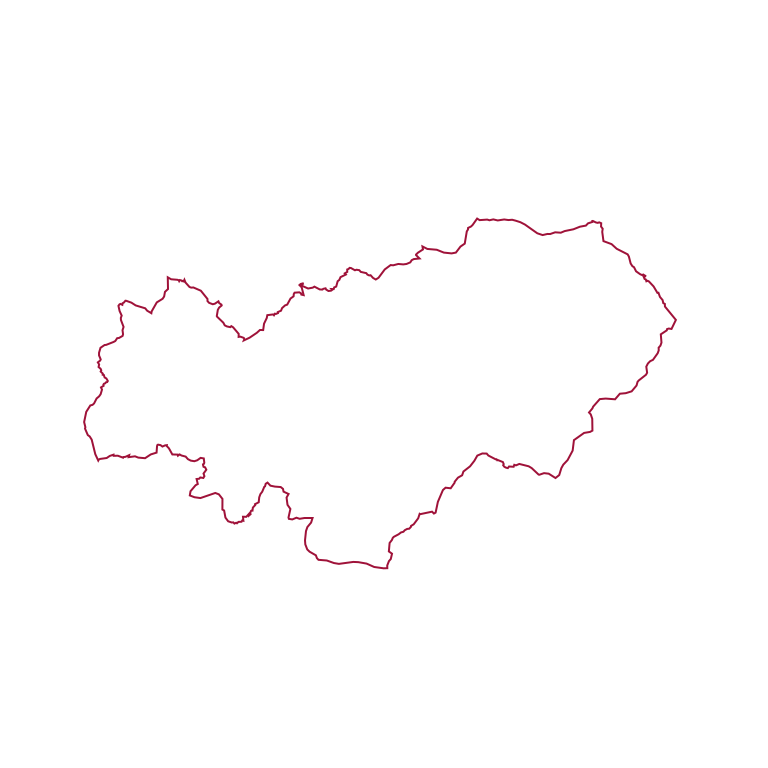 Batani, Covasna, Romania (orthographic projection), rotated 70°
{"feature_id": "2599482B35119145322325", "entity_name": "Batani", "entity_type": "district", "adm_level": 2, "iso_a3": "ROU", "parent_name": "Romania", "parent_adm1": "Covasna", "projection": "orthographic", "projection_center": [25.726, 46.103], "detail": "fine", "context": "isolated", "style": "outline", "palette": "rose", "viewbox_px": 768, "rotation_deg": 70, "n_neighbors": 0, "source": "geoboundaries", "source_scale": "gbopen_adm2", "svg_char_len": 6152}
<svg xmlns="http://www.w3.org/2000/svg" viewBox="0 0 768 768"><g transform="rotate(70 384 384)"><path d="M364.0,654.4L363.5,653.9L364.0,652.0L363.7,647.8L365.4,649.0L366.8,642.7L369.1,640.1L372.0,633.9L370.4,627.2L370.7,621.2L364.7,618.5L363.7,617.6L363.8,616.9L365.0,614.9L367.0,613.6L366.8,610.7L367.2,609.0L367.9,609.4L370.9,608.1L377.8,607.0L379.8,602.0L380.9,602.1L380.3,600.1L381.9,598.8L384.4,595.2L387.5,594.0L389.9,591.8L391.7,588.6L391.8,585.6L390.7,581.6L392.3,578.8L396.5,579.8L397.4,580.5L397.6,581.6L398.7,581.8L400.1,581.9L401.1,580.6L403.8,580.3L406.4,584.2L409.2,584.3L410.5,585.9L409.0,588.6L409.8,590.1L409.2,592.6L414.3,593.2L414.7,595.7L418.6,602.5L422.3,604.6L425.6,600.8L428.4,595.5L428.7,579.8L431.2,576.9L436.7,575.1L446.7,578.8L448.2,577.5L455.3,578.7L459.7,577.4L462.1,574.4L462.5,572.9L464.0,572.3L463.8,570.4L464.6,569.8L463.8,567.9L464.7,565.0L463.7,563.8L464.4,562.9L460.5,561.9L461.7,558.8L460.0,555.6L461.5,556.0L460.7,553.9L459.4,553.8L457.8,552.4L457.6,551.7L458.0,550.9L455.3,549.5L453.7,546.4L452.8,546.3L452.3,542.2L447.8,540.0L445.2,537.8L443.6,535.3L439.7,531.7L439.5,530.8L437.3,529.3L436.8,527.2L440.7,525.5L443.1,521.6L445.5,516.3L448.0,514.8L450.8,515.2L454.7,511.3L457.4,514.4L464.5,516.0L469.4,514.7L476.8,519.4L478.2,519.5L479.9,516.5L479.7,512.0L481.8,509.4L482.7,504.7L485.5,497.0L489.3,499.9L492.2,504.9L495.5,507.6L503.9,511.7L507.8,512.8L513.2,512.7L516.1,511.3L521.7,506.6L524.7,506.6L526.8,505.7L530.3,498.1L535.1,492.3L537.6,487.9L540.7,473.7L542.6,469.1L546.8,461.8L552.6,455.8L557.1,447.3L558.2,443.9L555.6,443.0L552.1,439.9L550.8,437.5L546.2,434.5L543.0,436.7L535.3,433.1L533.2,429.8L531.7,428.5L531.0,427.2L530.2,421.6L529.3,418.8L529.5,416.3L528.5,414.5L528.1,411.8L528.6,409.8L527.4,407.5L526.6,407.1L526.0,404.1L521.9,397.8L518.2,394.9L518.7,394.5L520.4,382.5L522.8,381.4L522.5,379.5L513.2,373.7L503.8,364.9L502.5,361.6L504.8,357.0L500.9,351.4L500.0,351.0L497.3,346.5L496.5,341.8L493.4,339.3L490.8,331.3L487.1,325.4L483.2,320.8L482.9,315.4L484.5,311.3L486.9,310.4L493.0,304.8L493.2,304.0L494.4,303.7L494.4,303.0L498.0,299.0L500.2,298.9L501.1,299.8L503.0,299.2L504.4,297.9L505.4,296.4L504.3,294.7L506.1,290.5L504.5,289.2L505.6,287.8L505.4,284.2L510.8,276.2L513.5,274.0L522.0,269.7L522.4,269.0L522.5,264.1L524.6,259.9L531.0,255.0L529.5,250.5L523.7,246.1L521.1,243.1L518.3,237.5L511.1,229.5L501.7,224.7L498.4,212.7L499.5,206.8L499.1,204.1L487.9,200.2L483.3,200.1L480.9,201.1L478.2,196.5L476.8,195.2L472.0,186.4L473.5,180.7L477.4,172.1L473.8,165.7L475.3,160.0L475.6,153.8L471.8,147.2L468.7,145.0L467.8,143.4L464.9,134.6L463.4,132.9L457.4,131.6L455.0,129.0L453.6,126.1L453.3,123.0L448.7,116.3L446.3,114.3L443.8,113.5L442.5,111.1L440.0,109.1L432.0,106.9L430.3,99.9L429.2,99.2L429.3,97.4L430.6,95.0L423.6,87.8L407.3,93.5L404.8,92.7L403.5,93.9L400.4,93.5L396.6,94.9L392.1,94.9L391.9,95.9L384.5,97.3L378.2,100.0L377.1,101.1L377.2,102.3L375.4,102.2L374.4,103.2L372.2,103.3L372.2,101.7L371.8,101.4L369.8,103.0L370.2,103.9L368.5,105.7L364.3,108.6L359.8,109.1L358.2,110.3L355.1,111.0L348.0,110.3L345.5,110.7L336.5,119.1L330.4,122.3L324.8,128.9L315.7,126.9L312.9,125.4L310.3,126.2L307.2,124.9L305.7,126.5L305.7,128.0L304.7,129.6L302.2,132.0L302.1,132.5L303.0,132.8L302.8,137.3L304.2,140.1L303.2,146.1L303.4,153.1L302.1,161.9L302.3,166.1L300.0,171.3L299.9,176.6L298.9,179.1L298.3,184.0L294.8,188.4L282.4,197.0L278.6,200.5L275.5,204.5L273.5,207.4L272.5,211.0L270.5,214.8L269.2,221.2L266.7,225.0L266.2,228.9L264.8,230.8L262.7,238.1L260.4,239.9L264.9,246.4L265.8,248.5L266.1,251.6L267.6,252.3L268.9,254.0L279.7,260.1L281.0,265.1L285.1,271.5L284.4,275.8L281.0,282.8L275.9,288.5L271.9,297.1L267.9,300.8L270.9,301.4L272.2,307.1L273.3,309.6L273.8,309.8L278.2,307.7L276.8,313.3L277.1,315.6L278.7,317.7L278.9,321.8L278.2,325.0L276.1,329.5L275.6,334.8L274.5,337.1L276.6,344.1L282.3,352.8L283.0,356.0L280.6,358.0L277.2,359.4L276.9,360.8L275.5,362.2L273.8,362.7L270.7,367.5L268.6,368.3L267.2,370.8L267.2,372.4L263.7,375.4L263.1,376.6L263.8,378.0L263.8,379.4L266.1,380.2L266.6,383.0L268.1,382.4L268.7,388.3L270.9,390.4L271.6,392.4L276.1,395.6L276.2,397.8L277.6,398.8L276.8,400.8L277.8,400.4L278.2,401.8L277.6,404.4L275.4,406.1L274.1,406.2L273.8,408.6L274.2,409.5L273.2,412.0L268.7,416.1L269.1,418.0L268.3,422.7L263.3,427.8L262.5,427.3L262.2,425.9L261.7,425.9L261.5,428.1L262.1,429.6L265.0,428.3L273.0,429.1L271.7,431.1L270.4,431.0L268.9,432.2L267.6,436.8L268.6,438.0L270.7,439.0L271.7,442.6L276.3,447.8L276.3,450.1L277.8,453.8L279.9,455.7L280.1,459.2L281.1,459.4L281.2,461.6L280.6,462.5L281.8,463.9L280.7,464.4L279.4,470.1L281.9,471.6L286.3,476.1L292.0,479.1L290.8,482.1L292.4,486.0L294.5,494.4L295.1,500.8L294.1,499.9L292.7,500.0L290.3,502.9L290.0,504.5L287.2,503.4L279.1,506.4L277.4,507.7L278.0,509.0L276.2,511.9L274.4,513.6L271.5,514.0L263.7,517.8L263.0,517.9L257.5,514.8L255.8,512.8L254.7,509.7L253.8,509.6L251.6,511.2L249.7,511.3L250.7,515.5L250.5,517.6L247.9,520.6L245.7,521.5L243.7,520.8L233.7,524.2L228.1,530.1L227.5,532.2L226.3,533.6L220.8,535.8L217.8,535.9L219.1,537.1L218.3,537.7L218.4,538.5L217.4,539.0L216.5,540.3L217.3,541.3L216.3,541.4L215.4,542.5L212.8,548.2L209.8,550.7L220.9,554.5L222.5,558.3L226.6,560.7L228.2,562.9L229.6,569.6L236.3,577.5L237.9,578.4L234.1,581.5L231.2,582.5L225.2,590.5L221.2,593.5L217.7,597.7L217.3,598.5L218.5,600.6L218.7,602.0L220.1,602.8L218.6,604.3L218.7,605.3L219.7,606.8L225.0,607.5L230.0,607.1L231.9,608.7L233.9,609.3L241.3,609.2L244.0,611.3L248.0,612.2L249.4,613.2L250.1,617.2L249.7,619.1L251.7,621.8L252.0,623.8L252.2,631.8L251.8,633.2L253.0,638.0L257.2,641.1L259.7,642.0L264.0,641.8L264.9,642.7L265.8,645.5L268.2,645.0L270.4,646.4L272.8,645.1L274.4,645.0L275.4,646.0L278.0,644.7L279.1,645.2L279.7,644.2L282.3,644.3L283.8,643.0L286.7,642.5L287.5,643.5L287.3,644.6L288.0,645.8L288.0,647.1L288.6,647.9L289.8,648.1L290.4,651.1L292.8,650.9L296.7,653.8L298.2,656.0L299.3,659.0L303.1,663.1L303.9,665.0L303.7,667.3L308.3,673.3L317.2,678.8L322.5,679.4L323.6,680.2L330.7,679.8L332.6,678.5L336.3,677.7L351.2,679.3L358.2,678.7L357.4,677.8L357.3,676.5L358.7,669.9L357.8,666.3L357.9,662.3L359.0,662.6L360.4,658.6L364.0,654.4Z" fill="none" stroke="#9f1239" stroke-width="2"/></g></svg>